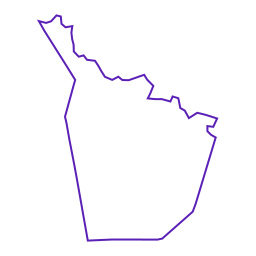 outline of Angelim, Pernambuco, Brazil
{"feature_id": "56859067B85610748875596", "entity_name": "Angelim", "entity_type": "district", "adm_level": 2, "iso_a3": "BRA", "parent_name": "Brazil", "parent_adm1": "Pernambuco", "projection": "albers", "projection_center": [-36.281, -8.876], "detail": "fine", "context": "isolated", "style": "outline", "palette": "violet", "viewbox_px": 256, "rotation_deg": 0, "n_neighbors": 0, "source": "geoboundaries", "source_scale": "gbopen_adm2", "svg_char_len": 806}
<svg xmlns="http://www.w3.org/2000/svg" viewBox="0 0 256 256"><path d="M98.0,65.3L95.0,60.8L87.0,59.8L83.6,55.4L78.8,56.7L73.8,51.5L73.6,44.6L72.2,39.3L71.4,32.7L72.3,26.1L65.5,27.3L61.5,23.8L60.8,16.5L56.5,15.4L51.1,21.3L46.1,22.9L38.9,21.1L44.3,30.7L65.5,64.3L75.2,79.9L73.2,86.9L65.0,116.7L66.5,123.1L69.2,138.6L74.5,166.0L77.1,180.2L87.8,240.6L112.4,239.5L157.5,239.6L162.2,238.6L192.7,211.7L195.7,203.7L215.7,137.5L211.0,134.8L207.4,131.2L207.4,126.1L213.3,126.8L217.1,118.5L210.3,116.3L205.8,114.9L201.5,113.8L197.2,112.8L188.9,118.1L184.8,110.6L180.3,108.0L178.3,98.2L172.6,96.5L170.4,101.5L161.8,99.1L154.9,99.1L147.8,98.4L150.3,93.4L153.3,85.9L147.1,79.6L144.2,74.8L128.7,80.2L122.3,80.0L118.3,76.7L112.2,79.9L104.9,76.8L101.0,70.6L98.0,65.3Z" fill="none" stroke="#5b21b6" stroke-width="2"/></svg>